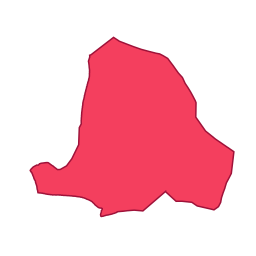 the district of Hajjah City, Hajjah, Yemen, rotated 83°
{"feature_id": "15242507B42868066819458", "entity_name": "Hajjah City", "entity_type": "district", "adm_level": 2, "iso_a3": "YEM", "parent_name": "Yemen", "parent_adm1": "Hajjah", "projection": "natural_earth1", "projection_center": [43.605, 15.684], "detail": "fine", "context": "isolated", "style": "filled", "palette": "rose", "viewbox_px": 256, "rotation_deg": 83, "n_neighbors": 0, "source": "geoboundaries", "source_scale": "gbopen_adm2", "svg_char_len": 4265}
<svg xmlns="http://www.w3.org/2000/svg" viewBox="0 0 256 256"><g transform="rotate(83 128 128)"><path d="M51.1,157.2L52.8,157.3L56.8,159.1L57.6,159.1L58.5,159.0L59.9,159.0L60.4,159.0L61.5,159.0L62.0,159.0L62.4,159.1L62.9,159.1L63.5,159.1L63.9,159.1L64.4,159.1L65.0,159.1L65.4,159.1L65.8,159.1L66.5,159.2L66.9,159.2L67.4,159.4L67.8,159.4L68.3,159.4L69.3,159.7L69.9,159.7L70.4,159.8L71.1,159.9L71.6,159.9L72.0,160.1L72.5,160.1L72.9,160.3L73.4,160.4L74.4,160.9L75.1,161.1L75.5,161.3L76.1,161.3L76.8,161.8L77.7,162.2L78.1,162.4L78.9,162.6L79.6,163.0L80.4,163.3L81.1,163.4L82.2,164.1L82.6,164.1L83.5,164.5L84.3,164.7L84.9,165.1L86.0,165.5L86.6,165.6L87.2,166.0L88.1,166.3L88.9,166.6L89.8,166.8L90.3,167.2L91.0,167.4L92.1,167.6L92.6,167.9L93.7,168.2L94.5,168.6L95.2,168.9L96.7,169.4L97.5,169.7L99.0,170.0L99.5,170.0L101.1,170.6L101.7,170.6L102.8,171.0L103.2,171.1L104.5,171.4L104.8,171.5L105.4,171.6L106.2,171.8L106.7,172.0L107.5,172.1L107.9,172.2L108.5,172.3L109.2,172.4L109.6,172.6L110.4,172.6L110.8,172.7L111.2,172.8L111.9,173.0L112.3,173.0L113.0,173.2L113.6,173.3L114.1,173.3L115.0,173.6L115.5,173.6L116.4,173.7L117.1,173.8L117.7,173.8L118.4,174.0L121.7,176.3L138.6,179.0L151.7,187.5L154.3,190.0L158.1,193.6L160.9,200.3L160.7,203.0L159.9,203.9L159.4,204.3L159.1,204.6L158.8,205.0L157.9,205.8L157.5,206.3L156.7,206.9L156.1,207.8L155.4,208.5L154.7,209.3L154.1,209.9L153.8,210.2L153.1,211.0L152.7,211.5L152.5,212.3L152.4,212.7L152.4,213.3L152.5,213.7L152.3,214.3L152.4,215.0L152.4,215.7L152.4,216.3L152.4,216.8L152.4,217.3L152.4,217.7L152.4,218.2L152.4,218.6L152.5,219.1L152.7,219.7L152.7,220.2L153.5,220.9L153.9,221.8L153.7,223.0L153.7,223.4L154.0,223.8L154.3,224.8L154.5,225.3L154.8,226.0L155.2,226.9L155.6,227.5L156.1,228.0L156.5,228.6L156.7,228.9L157.4,229.5L158.1,230.2L158.9,230.0L159.4,229.6L159.8,229.6L160.1,229.1L160.5,228.9L161.0,228.9L161.4,228.7L161.8,228.7L162.5,228.3L163.2,228.3L163.6,228.2L164.4,227.9L165.0,227.7L166.0,227.6L166.8,227.4L167.3,227.2L168.0,227.1L168.4,226.8L169.1,226.4L169.6,226.4L170.1,226.4L170.6,226.4L171.1,226.3L171.7,226.2L173.1,225.9L174.7,225.6L175.9,225.6L176.8,225.6L177.7,225.6L178.4,225.4L178.8,225.4L179.2,225.3L179.7,225.3L180.2,225.3L180.6,225.3L181.3,225.2L181.5,224.2L181.8,223.3L181.8,222.8L182.0,222.2L182.1,221.8L182.2,221.2L182.4,220.5L182.7,220.1L182.7,219.6L182.8,219.1L183.0,218.7L183.3,218.2L183.5,217.4L183.8,216.5L184.0,215.8L184.2,215.0L184.4,214.2L184.5,213.5L184.8,212.9L184.8,212.4L185.0,211.6L185.3,210.9L185.3,210.3L185.3,209.9L185.4,209.3L185.4,208.9L185.6,208.3L185.7,207.6L185.8,206.7L185.8,206.2L185.8,205.8L186.0,205.1L186.0,204.4L186.3,203.9L186.2,203.4L186.5,202.6L186.7,201.8L186.7,201.3L186.9,200.7L187.1,200.0L187.2,199.0L187.4,197.9L187.8,196.1L187.9,195.2L188.2,193.9L188.4,193.0L188.4,192.4L188.7,191.8L188.8,191.0L189.0,190.6L189.0,189.9L189.2,189.4L189.2,189.0L189.6,187.7L189.8,187.2L189.9,186.9L190.0,186.1L190.3,185.2L190.4,184.5L190.5,184.1L190.8,183.6L191.0,182.7L191.3,181.8L191.7,181.3L191.8,180.7L192.2,179.9L192.4,179.5L192.7,178.9L193.0,178.5L193.3,177.9L193.7,177.5L194.1,176.4L194.6,175.6L195.2,174.7L195.6,174.1L196.0,173.6L196.5,172.9L197.0,172.4L197.7,172.0L198.3,171.4L198.7,171.1L199.3,170.6L200.0,170.3L203.3,167.1L204.0,165.6L204.2,164.4L204.8,163.4L205.7,163.5L206.8,164.5L208.0,164.7L210.5,165.8L211.1,165.8L211.6,165.8L212.4,165.6L212.6,165.1L212.5,164.4L212.5,163.5L212.4,162.7L212.2,162.2L212.2,161.8L212.1,161.3L212.1,160.9L211.9,160.4L211.9,159.2L211.9,158.2L211.7,157.4L211.7,156.4L211.5,155.5L211.5,154.4L211.2,153.7L211.1,152.7L211.0,152.0L210.8,151.2L210.6,150.3L210.4,149.6L210.1,149.3L210.0,148.7L209.8,148.6L210.0,142.9L210.0,138.7L210.3,131.9L212.1,123.3L195.5,98.4L195.9,98.4L206.6,89.2L207.3,83.3L209.5,73.7L213.2,69.5L213.8,68.8L218.3,56.3L219.7,52.6L217.1,47.8L213.1,45.1L208.6,43.7L203.9,41.5L199.3,39.1L198.9,39.0L194.4,37.0L190.0,33.9L185.7,31.0L164.5,25.8L159.6,31.2L159.5,31.4L149.7,42.5L140.5,51.4L125.5,59.4L115.5,58.0L111.2,57.4L109.2,57.9L104.6,59.6L99.8,61.5L95.4,63.5L93.2,64.6L90.6,65.9L85.8,67.4L84.4,67.9L79.6,71.3L75.4,73.6L72.0,75.4L67.7,77.9L63.8,80.1L60.4,84.5L58.3,87.6L57.2,91.1L54.3,98.5L51.6,105.2L47.9,112.7L44.1,119.9L40.9,125.9L36.3,131.3L50.8,155.8L51.1,157.2Z" fill="#f43f5e" stroke="#9f1239" stroke-width="1.5"/></g></svg>